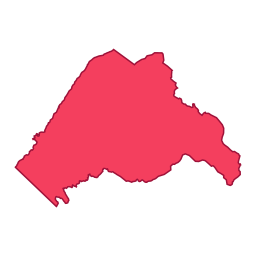 Tuolumne, California, United States of America
{"feature_id": "52423323B26881284907235", "entity_name": "Tuolumne", "entity_type": "district", "adm_level": 2, "iso_a3": "USA", "parent_name": "United States of America", "parent_adm1": "California", "projection": "albers", "projection_center": [-120.026, 38.034], "detail": "fine", "context": "isolated", "style": "filled", "palette": "rose", "viewbox_px": 256, "rotation_deg": 0, "n_neighbors": 0, "source": "geoboundaries", "source_scale": "gbopen_adm2", "svg_char_len": 5449}
<svg xmlns="http://www.w3.org/2000/svg" viewBox="0 0 256 256"><path d="M113.6,49.5L113.0,50.1L111.4,51.3L110.1,51.6L108.7,52.3L107.0,52.9L105.9,53.5L105.1,53.8L104.2,54.1L103.3,55.2L101.9,55.5L100.1,55.8L99.0,56.0L97.4,56.6L95.6,57.3L94.5,57.6L93.2,58.5L91.8,59.8L90.3,60.9L89.4,61.5L88.4,63.5L88.2,64.1L87.5,64.5L87.4,65.4L86.4,67.2L85.7,68.7L84.5,70.5L83.1,71.6L82.0,72.3L81.3,73.2L80.5,74.7L80.1,76.0L78.8,77.4L77.1,78.5L76.2,80.4L74.7,82.1L74.5,83.7L72.8,85.2L71.9,86.9L71.6,88.8L69.1,91.0L67.7,93.6L66.4,95.7L65.5,96.8L64.8,97.9L64.6,99.1L64.0,100.3L62.4,101.6L61.4,103.5L59.9,104.6L59.1,105.8L58.7,106.7L59.1,106.8L59.0,107.8L58.2,108.1L57.6,109.5L56.4,112.3L54.0,113.8L53.2,116.3L52.6,118.4L51.1,119.5L50.3,120.1L50.0,121.7L49.3,122.7L48.5,122.7L48.1,123.8L48.0,124.5L46.5,126.3L46.0,127.9L44.8,130.4L44.8,131.8L43.6,132.3L41.8,132.1L40.5,132.3L39.3,133.0L39.2,135.5L38.7,136.1L37.7,136.0L37.5,135.7L37.3,135.0L37.5,135.0L37.9,134.5L37.6,134.0L36.7,133.7L36.3,134.2L35.9,135.4L35.0,135.8L34.2,136.0L34.3,136.8L34.9,137.4L34.4,138.2L33.7,138.3L32.8,138.8L33.1,139.5L33.5,139.4L34.0,139.3L34.8,139.2L34.9,139.9L36.2,141.1L37.0,142.1L36.4,144.0L34.9,144.9L33.9,145.2L33.6,145.9L33.3,146.6L33.1,147.5L33.5,148.3L33.2,149.1L32.9,149.6L32.3,150.1L32.0,149.9L31.2,149.9L30.5,150.9L29.5,151.5L29.4,152.8L29.0,153.7L28.6,154.5L27.6,155.1L26.6,154.8L25.5,155.3L24.2,156.3L24.2,157.2L23.5,158.1L23.0,158.6L22.9,158.9L23.0,159.1L22.5,159.3L21.7,159.6L20.0,160.5L18.7,161.6L18.1,162.6L17.8,163.7L17.1,164.6L16.8,165.7L15.5,167.0L15.4,167.3L56.4,206.5L56.6,206.3L57.0,205.5L57.3,204.9L57.9,203.9L58.2,203.2L57.7,201.9L56.8,201.5L56.1,200.4L55.4,199.6L55.4,198.3L55.7,197.4L55.8,197.0L56.3,196.6L57.1,196.9L57.8,197.1L59.5,197.3L60.4,198.4L61.4,198.3L62.4,198.9L63.0,199.8L63.8,201.1L64.7,202.0L65.1,202.8L65.6,203.3L66.8,203.2L67.8,202.7L68.2,201.3L68.8,200.5L68.5,198.9L67.3,197.1L66.5,195.7L65.4,193.9L65.1,192.8L64.6,192.0L64.1,191.4L63.9,190.8L63.8,190.1L63.7,189.8L63.5,189.2L63.2,188.9L63.1,188.4L63.5,188.2L64.0,188.2L64.4,188.3L64.9,187.9L65.6,187.9L66.3,188.3L67.1,187.7L67.7,186.8L69.1,186.6L70.6,186.9L71.6,187.4L71.9,187.5L72.4,187.0L72.4,186.3L72.4,185.3L72.7,185.0L73.5,185.5L74.3,186.1L75.7,186.5L76.3,186.9L76.5,186.5L76.2,186.2L76.1,185.4L77.0,184.0L78.3,183.7L78.8,183.5L79.2,183.2L79.5,182.7L79.3,182.0L79.5,181.4L79.5,181.0L79.9,180.8L80.1,181.0L81.0,181.2L81.3,181.5L81.6,181.5L81.7,181.4L82.0,181.2L82.3,181.2L83.0,181.0L83.6,180.7L84.0,180.9L84.2,181.1L84.8,181.1L85.6,181.0L85.9,180.5L85.9,180.1L86.3,179.9L86.7,179.9L86.9,180.2L87.4,180.1L87.6,179.7L87.9,179.1L88.0,178.6L87.8,178.3L87.6,177.7L87.9,177.5L88.1,177.3L88.4,177.0L88.5,176.3L88.6,176.0L88.4,175.7L88.3,175.3L88.3,174.9L88.6,174.8L89.2,174.8L89.2,174.5L89.4,174.2L89.8,174.2L89.8,174.4L89.8,174.6L89.9,174.9L90.1,175.0L90.4,175.3L90.7,175.8L91.2,176.1L91.6,176.4L92.0,176.3L92.4,176.3L92.8,176.2L93.3,176.4L93.7,176.5L93.9,176.7L94.3,177.0L94.6,177.2L95.3,177.3L95.8,177.4L96.3,177.5L97.0,177.5L97.2,177.2L98.0,176.7L98.3,175.9L99.0,175.1L99.5,174.9L100.2,174.2L100.9,173.5L101.2,173.2L101.7,172.4L102.3,171.9L102.8,171.4L102.6,170.5L102.7,169.9L102.8,169.4L103.2,169.4L103.5,168.6L104.0,168.4L105.3,168.6L106.1,169.0L106.7,169.3L106.9,169.1L107.2,168.9L107.5,169.0L107.8,169.8L108.1,170.7L108.5,171.4L109.2,171.6L110.5,171.8L111.4,172.1L112.8,171.7L114.2,172.8L115.5,173.5L116.7,174.4L120.4,176.5L123.4,178.9L126.2,181.2L127.5,181.0L128.2,180.9L129.4,181.3L130.2,181.6L131.8,182.2L132.8,181.5L133.7,181.5L135.9,181.0L136.4,179.9L137.2,179.3L137.9,179.9L138.4,180.9L139.3,181.5L140.6,181.2L141.2,180.5L142.2,179.9L143.4,180.6L144.4,181.7L145.9,182.3L146.9,182.2L147.1,181.8L148.5,181.2L150.8,181.0L152.0,180.4L152.9,179.6L153.9,179.3L155.6,178.6L158.3,176.3L164.3,174.4L170.8,169.9L170.6,166.2L172.8,164.2L174.6,164.3L175.9,163.3L177.9,162.5L179.7,160.9L181.0,159.0L182.6,155.0L185.3,153.9L189.4,155.5L193.1,159.1L195.4,161.3L198.7,161.5L202.6,160.0L205.1,160.6L206.0,161.3L208.7,163.7L211.4,166.2L212.7,165.8L213.2,165.8L213.7,166.2L214.9,167.5L217.8,171.8L221.3,173.8L223.7,175.4L223.7,177.7L223.9,177.8L226.3,179.8L227.1,184.3L230.2,185.4L231.0,185.1L232.1,184.3L232.4,183.4L232.3,182.7L232.5,181.8L233.1,181.7L234.0,179.7L236.1,178.1L237.7,177.0L240.2,174.6L240.1,171.6L238.9,170.4L238.8,168.3L239.8,166.3L240.1,165.1L240.6,164.9L240.3,164.0L239.4,164.2L238.3,162.8L238.5,161.0L239.6,157.0L239.9,155.9L239.4,155.7L239.0,154.9L238.5,153.9L236.9,153.1L234.5,151.5L232.7,151.7L230.5,150.0L227.7,147.2L224.6,145.0L223.2,143.7L221.6,140.3L222.2,137.1L223.4,133.8L223.6,132.8L223.7,128.2L222.3,124.8L219.6,121.4L216.5,117.7L213.1,116.0L210.9,114.9L208.7,113.4L205.8,113.3L205.2,112.3L203.6,113.2L203.0,114.0L202.0,115.3L201.5,114.9L199.7,113.6L198.2,111.6L198.4,110.3L197.3,108.8L195.6,107.4L194.3,105.1L194.4,104.2L193.1,103.8L192.7,104.6L192.9,105.8L192.9,107.1L191.8,107.5L189.3,106.3L187.5,106.1L186.4,105.4L185.5,104.2L183.8,104.0L181.9,102.7L181.6,100.4L181.1,99.0L179.6,98.2L178.6,98.8L175.0,96.8L173.8,95.8L173.8,94.4L174.5,93.7L174.3,92.5L174.4,91.9L174.3,91.4L174.7,90.2L175.9,89.0L177.5,88.0L176.4,87.0L175.6,85.7L175.4,84.3L175.8,83.9L176.0,83.0L175.2,82.5L173.5,81.3L172.0,79.9L170.9,79.0L170.7,77.8L171.6,77.2L171.5,74.9L171.7,72.5L171.7,70.9L172.2,70.4L167.5,66.2L162.8,62.9L163.8,60.2L163.0,54.1L162.0,52.9L154.6,52.8L151.9,54.8L147.1,55.8L145.1,58.5L141.6,59.5L136.7,62.5L134.4,64.7L113.6,49.5Z" fill="#f43f5e" stroke="#9f1239" stroke-width="1.5"/></svg>